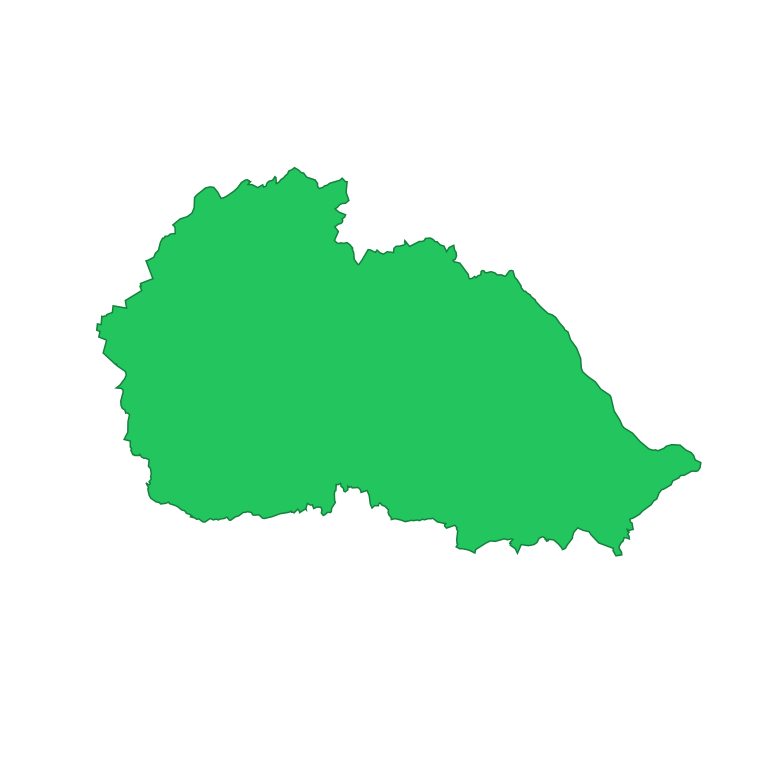 Ribita, Hunedoara, Romania, rotated 67°
{"feature_id": "2599482B73677730773084", "entity_name": "Ribita", "entity_type": "district", "adm_level": 2, "iso_a3": "ROU", "parent_name": "Romania", "parent_adm1": "Hunedoara", "projection": "natural_earth1", "projection_center": [22.806, 46.214], "detail": "fine", "context": "isolated", "style": "filled", "palette": "green", "viewbox_px": 768, "rotation_deg": 67, "n_neighbors": 0, "source": "geoboundaries", "source_scale": "gbopen_adm2", "svg_char_len": 6170}
<svg xmlns="http://www.w3.org/2000/svg" viewBox="0 0 768 768"><g transform="rotate(67 384 384)"><path d="M592.0,327.3L585.4,320.4L589.2,314.3L590.4,308.6L589.7,305.2L586.7,301.6L586.5,297.7L588.5,296.0L589.8,296.4L590.5,295.3L591.6,296.0L592.3,295.7L592.4,293.9L591.1,293.5L593.8,288.7L599.8,285.8L605.0,284.3L606.1,284.5L606.3,282.4L606.0,281.0L603.6,278.0L599.6,270.8L598.0,270.1L594.6,267.1L592.1,261.9L596.5,257.9L600.2,252.8L603.5,252.4L614.2,248.4L624.9,237.1L627.0,238.3L632.8,237.6L634.2,231.9L631.6,231.1L627.1,231.7L625.5,231.1L622.8,227.6L622.2,225.5L619.4,223.1L620.1,221.3L622.5,218.7L619.9,217.9L617.7,218.4L616.1,216.2L614.8,217.3L612.8,216.9L614.4,215.9L615.2,211.5L608.9,210.0L607.6,211.0L604.5,210.7L604.7,206.2L603.7,199.5L601.9,195.5L599.5,185.3L597.1,181.6L596.3,177.7L591.8,173.4L589.7,169.5L590.1,167.9L589.0,159.2L586.0,156.0L585.6,149.2L584.1,146.9L585.3,143.0L584.4,134.8L586.3,130.7L586.5,128.9L584.6,125.8L580.2,123.1L575.5,127.2L570.6,126.9L567.1,128.1L562.6,132.0L556.0,135.3L552.3,142.7L551.6,148.5L552.6,151.7L552.5,157.9L550.7,159.8L550.2,162.1L547.3,165.5L537.0,170.8L526.4,174.4L518.6,180.0L515.6,181.0L509.9,181.0L498.7,182.7L484.4,180.2L482.6,180.5L473.4,186.5L464.6,188.6L457.0,193.3L450.5,196.3L446.5,196.2L437.3,193.0L426.1,192.7L416.3,195.0L407.9,194.3L404.9,196.4L402.1,196.6L396.2,198.6L389.8,199.9L386.0,202.2L383.3,205.4L374.0,209.7L367.5,212.0L365.7,211.9L361.1,214.4L359.3,214.5L355.9,216.9L354.0,217.4L353.3,218.9L348.8,220.1L347.4,219.5L339.9,220.7L336.9,221.9L330.3,221.1L329.4,222.1L328.9,224.3L332.1,229.8L331.9,230.8L329.3,233.4L328.0,237.0L324.9,238.6L322.4,241.7L321.7,246.2L320.7,247.5L319.0,247.7L318.0,249.0L318.3,250.6L321.3,252.2L321.1,255.1L322.1,257.7L320.4,258.5L321.2,261.6L320.6,264.0L319.5,264.4L316.1,263.6L302.3,267.0L298.9,271.6L297.0,272.2L297.1,269.8L294.5,267.2L290.9,266.2L288.3,266.7L283.6,265.6L283.8,270.7L286.7,274.7L280.5,274.9L277.6,278.2L273.9,279.4L273.0,281.3L270.0,282.4L267.7,284.4L266.2,289.0L267.8,291.1L267.5,293.8L266.6,295.7L267.4,306.7L260.2,308.8L261.4,309.6L263.1,309.3L263.8,311.4L263.2,315.7L262.0,318.9L263.0,321.8L266.7,323.9L263.5,329.4L264.3,333.8L261.8,336.3L258.0,338.1L259.5,340.6L255.3,344.1L254.1,346.1L261.4,355.9L264.0,360.1L264.0,361.2L257.7,362.7L251.2,360.6L247.1,360.5L246.7,359.7L242.4,361.0L239.4,362.8L238.8,366.1L237.2,368.6L237.0,370.6L235.8,372.2L232.5,373.5L225.8,366.4L220.1,367.9L219.0,363.5L219.4,360.9L218.6,358.9L217.0,358.0L215.8,358.2L214.9,354.9L213.3,353.2L208.2,358.3L203.7,360.6L203.2,358.1L201.6,354.6L201.5,352.0L202.6,348.9L201.3,344.6L192.7,344.0L183.4,338.9L182.7,340.4L178.2,342.1L179.2,345.2L178.0,355.5L178.8,358.5L178.4,361.3L179.1,363.3L178.8,367.2L176.1,368.0L173.5,366.8L169.2,367.7L163.5,374.3L158.3,375.6L157.4,377.4L153.8,379.0L149.9,381.9L150.8,385.3L150.7,388.4L153.0,390.8L153.7,393.4L155.0,395.7L155.5,398.8L157.3,402.2L157.3,404.9L151.9,402.8L150.5,403.4L153.0,407.0L152.4,410.5L153.1,412.8L155.8,415.5L155.6,417.9L153.2,417.8L153.9,423.4L148.9,427.6L147.2,431.2L145.6,428.0L145.2,429.1L144.4,428.6L142.7,429.9L142.1,431.8L142.9,436.6L146.2,442.1L147.9,446.8L149.6,455.0L149.9,459.0L149.4,461.5L142.3,462.1L136.5,463.9L134.6,467.0L133.8,471.6L136.8,482.3L138.3,485.5L147.8,490.0L151.7,494.1L153.1,499.7L152.4,507.2L155.1,516.2L157.0,515.3L159.0,515.4L163.9,517.4L162.5,522.2L163.5,525.3L162.5,527.8L163.7,529.1L163.3,530.8L166.2,534.4L172.8,539.4L174.3,543.3L177.4,546.4L177.9,553.3L177.6,554.9L196.8,555.6L196.3,568.3L196.5,569.0L199.7,569.3L198.2,569.7L199.1,570.5L203.3,570.5L206.1,589.5L213.6,591.3L206.2,602.8L212.0,606.1L211.8,612.1L212.7,612.8L212.0,616.7L211.4,617.3L218.9,621.2L216.7,624.3L222.2,627.4L224.7,624.9L229.3,628.2L234.6,622.8L235.7,622.5L245.7,630.4L261.1,623.5L261.7,623.1L261.3,622.5L263.2,622.4L271.4,617.2L274.9,617.6L277.6,620.3L281.8,627.4L283.0,632.0L285.5,627.3L287.8,626.7L289.7,627.4L296.9,633.0L301.0,634.4L304.1,634.4L306.7,632.7L309.9,633.1L309.8,632.4L311.3,630.8L312.9,630.3L318.5,634.3L328.2,638.6L333.5,644.9L337.4,639.8L342.8,642.2L344.7,641.6L346.1,642.9L350.9,642.8L351.2,641.9L352.2,641.7L354.1,637.6L353.3,636.3L356.3,635.8L358.4,634.2L359.2,632.4L361.9,629.8L367.8,633.0L370.5,632.0L375.7,633.3L378.6,635.3L380.5,635.2L382.2,638.5L383.7,637.9L384.9,638.9L384.4,640.2L382.0,641.7L387.5,641.2L388.2,642.3L390.2,642.8L394.3,643.6L398.0,643.3L403.3,640.0L405.5,637.0L407.1,636.6L408.5,631.8L408.6,628.5L410.4,628.1L414.3,623.6L416.6,621.6L420.6,619.7L422.9,616.9L425.7,616.4L428.4,613.5L431.2,612.1L430.2,613.6L430.6,614.1L433.3,610.6L435.4,609.2L435.8,607.1L439.8,604.9L441.1,602.9L439.9,596.5L442.4,594.2L442.9,591.0L444.4,589.7L444.3,587.6L445.4,583.5L445.2,580.6L448.8,579.6L449.5,578.5L448.2,572.8L448.6,569.1L447.2,563.8L448.1,561.4L448.1,559.8L450.3,556.3L453.0,556.0L453.8,555.3L455.6,550.2L459.8,548.4L461.0,546.9L462.4,538.8L462.8,530.4L464.9,521.8L464.7,519.2L465.6,519.2L465.7,519.9L466.4,517.9L467.5,517.2L465.5,512.3L468.3,511.5L469.4,511.9L468.3,505.0L469.3,504.7L467.7,504.3L464.1,501.2L466.8,498.9L467.2,497.1L471.2,497.4L471.1,493.8L472.6,490.4L475.4,490.2L478.3,492.1L481.3,491.3L481.1,488.9L480.3,487.0L480.2,485.7L481.4,483.4L480.8,482.4L477.8,480.6L474.0,475.0L471.8,474.9L465.9,472.7L463.3,471.1L463.3,470.0L457.8,467.2L458.7,465.6L458.6,462.8L461.4,463.5L464.1,462.1L466.8,462.8L468.1,461.9L467.3,458.7L463.9,457.1L465.6,456.3L465.6,454.2L467.2,453.9L469.2,448.2L472.4,447.0L474.8,447.5L475.4,441.2L480.9,441.2L489.0,443.5L493.5,443.5L492.3,440.2L493.9,436.7L492.3,435.8L491.9,433.9L494.5,433.4L497.0,430.9L501.5,429.1L504.2,430.5L506.5,430.6L509.6,429.6L511.6,430.3L512.3,426.4L516.1,421.2L519.0,418.3L520.3,411.6L521.2,410.6L522.3,406.2L523.6,405.0L523.6,401.3L524.8,399.8L525.3,395.7L526.4,393.5L526.6,391.6L531.8,388.7L536.7,381.8L537.2,383.1L538.3,383.7L541.1,382.8L541.7,374.0L544.9,373.0L545.5,373.8L548.3,373.7L555.7,377.9L559.4,379.1L560.2,378.6L562.1,381.2L565.3,378.6L566.4,375.9L570.1,370.7L575.1,366.4L572.2,364.3L570.3,352.7L570.0,347.3L572.3,343.2L573.4,334.7L573.9,333.3L575.7,331.1L576.3,327.0L577.6,326.2L578.7,329.4L579.8,330.4L580.3,329.5L581.6,330.8L586.9,327.5L592.0,327.3Z" fill="#22c55e" stroke="#15803d" stroke-width="1.5"/></g></svg>